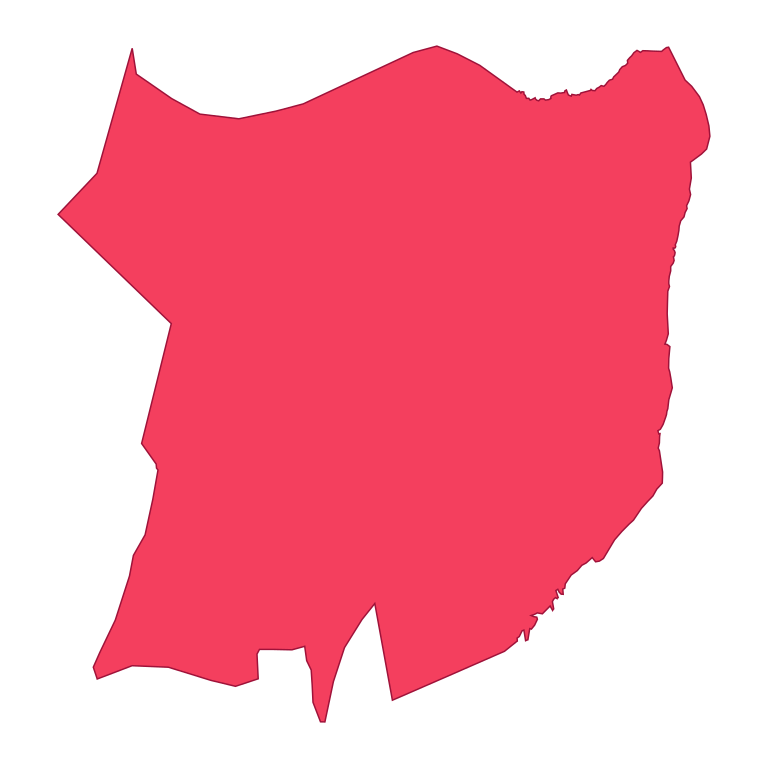 outline of Agwara, Niger, Nigeria
{"feature_id": "59680162B64027612781435", "entity_name": "Agwara", "entity_type": "district", "adm_level": 2, "iso_a3": "NGA", "parent_name": "Nigeria", "parent_adm1": "Niger", "projection": "robinson", "projection_center": [4.614, 10.721], "detail": "fine", "context": "isolated", "style": "filled", "palette": "rose", "viewbox_px": 768, "rotation_deg": 0, "n_neighbors": 0, "source": "geoboundaries", "source_scale": "gbopen_adm2", "svg_char_len": 3436}
<svg xmlns="http://www.w3.org/2000/svg" viewBox="0 0 768 768"><path d="M132.2,48.3L97.0,173.3L58.1,214.4L171.3,323.6L141.6,443.5L156.2,464.1L156.5,468.1L158.0,470.0L152.8,499.4L145.1,534.8L133.4,555.4L129.5,576.0L115.3,620.1L99.8,652.5L93.3,667.2L97.1,678.6L97.2,679.0L132.1,665.7L168.3,667.2L211.0,680.4L235.5,686.3L258.2,678.8L257.0,654.1L259.5,649.4L273.1,649.4L292.0,649.8L304.7,646.3L306.7,660.7L311.2,670.0L312.2,685.3L313.0,702.3L320.5,721.8L324.9,721.9L333.4,681.6L344.5,647.6L362.0,619.5L374.8,603.5L392.4,700.2L440.7,679.2L493.7,656.0L504.5,651.3L516.3,641.8L517.3,641.1L517.2,639.2L517.1,638.1L519.3,636.5L522.1,630.8L523.9,630.1L525.6,640.7L527.2,640.0L527.9,639.8L529.4,630.7L529.8,628.6L531.4,629.1L534.6,625.2L537.4,619.3L536.8,617.2L533.7,616.6L533.2,616.4L531.1,615.5L534.6,614.3L537.3,612.9L542.4,613.8L550.1,606.0L552.6,610.4L552.7,610.2L553.7,608.9L552.4,601.6L553.6,599.3L555.5,597.6L556.9,598.5L556.9,598.4L558.2,597.6L556.2,591.6L555.9,590.5L557.8,589.3L559.2,592.2L561.2,594.2L562.1,594.2L563.2,594.3L562.9,590.5L562.7,589.1L564.0,588.5L564.8,588.1L565.2,584.5L565.3,583.8L571.2,575.0L577.3,570.6L581.8,565.3L586.1,563.0L592.2,557.6L595.6,561.8L599.4,561.1L603.4,558.5L609.2,548.8L614.6,539.8L621.8,531.5L629.0,524.2L633.5,520.1L641.4,508.4L647.6,501.5L652.9,496.0L656.8,489.1L661.4,484.1L662.3,483.1L662.3,482.5L662.5,477.3L662.6,472.0L659.4,450.7L658.2,448.1L659.4,443.0L659.6,436.7L660.0,433.7L658.9,434.0L658.2,431.8L657.9,430.7L660.4,429.2L662.5,425.5L663.2,424.2L665.8,416.8L666.5,414.5L666.9,411.4L667.8,408.7L668.8,399.8L670.9,392.7L672.3,387.8L670.8,378.1L669.7,371.9L668.6,368.2L668.8,358.6L669.9,346.6L667.0,344.4L664.9,344.1L666.4,340.4L668.3,333.8L667.2,313.8L667.5,301.6L667.8,291.2L669.5,286.5L668.8,283.8L668.8,281.1L669.3,276.3L670.7,270.9L670.7,267.1L670.7,266.5L672.7,263.8L673.2,263.1L674.1,260.5L673.5,257.1L673.4,256.9L674.4,255.8L674.8,254.3L675.1,252.6L674.5,250.9L673.8,249.8L673.2,249.2L673.2,248.0L674.3,248.1L674.8,248.1L675.3,247.5L675.6,246.9L675.7,246.5L675.5,245.6L675.2,245.0L676.8,241.1L678.0,235.6L678.9,230.3L679.2,226.1L680.4,222.0L680.7,220.8L683.4,217.6L684.0,216.9L685.1,212.5L685.2,212.3L686.2,210.4L687.1,208.6L686.6,205.7L688.9,200.9L690.6,194.5L689.4,189.1L691.3,178.0L690.5,163.3L690.4,162.2L701.5,154.0L706.0,149.6L706.6,149.1L709.9,136.3L708.9,125.9L706.2,114.5L703.2,104.8L699.4,96.6L691.7,86.3L685.1,80.1L668.6,47.2L666.4,47.6L663.3,49.9L661.6,51.4L652.3,51.1L647.0,50.8L646.5,50.8L642.8,50.7L640.4,52.4L638.9,51.4L637.0,50.4L633.9,52.7L631.7,55.8L629.7,57.7L627.4,60.4L627.5,61.1L627.7,63.2L626.7,64.2L625.4,65.5L622.3,66.7L619.8,69.5L619.1,71.2L618.7,72.1L618.5,72.3L615.8,74.9L613.7,76.9L612.8,78.7L612.6,79.2L609.4,80.2L607.2,82.5L605.7,84.6L603.9,86.3L601.2,85.6L599.3,87.1L596.7,88.5L595.0,90.7L592.4,90.5L591.0,89.4L590.5,90.4L580.8,93.0L579.5,95.0L578.1,94.6L576.2,95.2L571.9,94.4L571.3,96.1L570.5,95.9L568.4,95.0L567.5,93.0L566.4,90.0L565.0,90.7L564.5,92.4L564.5,92.5L564.3,92.5L560.8,93.1L557.8,92.9L551.3,95.8L550.8,97.0L550.8,97.5L550.9,98.5L549.9,99.0L548.8,99.6L545.4,100.1L544.0,98.9L540.5,98.9L538.7,100.8L536.7,100.2L535.3,98.7L535.1,97.8L531.7,99.6L530.1,100.1L528.8,98.3L526.4,98.4L525.3,95.5L524.1,94.3L523.8,92.0L521.9,91.7L520.9,93.0L519.3,90.9L517.0,92.1L479.7,65.3L457.2,53.8L436.9,46.1L413.2,52.5L303.2,103.9L276.0,111.1L238.8,118.8L199.9,114.1L171.7,98.6L136.3,74.1L132.2,48.3Z" fill="#f43f5e" stroke="#9f1239" stroke-width="1.5"/></svg>